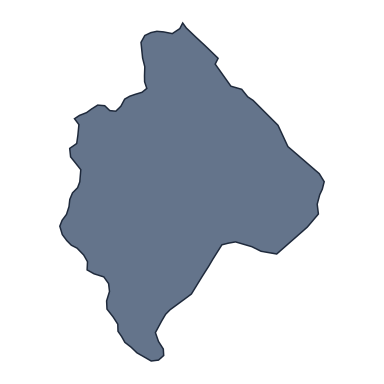 the district of Sapeaçu, Bahia, Brazil
{"feature_id": "56859067B33676272778576", "entity_name": "Sapeaçu", "entity_type": "district", "adm_level": 2, "iso_a3": "BRA", "parent_name": "Brazil", "parent_adm1": "Bahia", "projection": "orthographic", "projection_center": [-39.225, -12.729], "detail": "fine", "context": "isolated", "style": "filled", "palette": "slate", "viewbox_px": 384, "rotation_deg": 0, "n_neighbors": 0, "source": "geoboundaries", "source_scale": "gbopen_adm2", "svg_char_len": 1290}
<svg xmlns="http://www.w3.org/2000/svg" viewBox="0 0 384 384"><path d="M141.0,42.4L142.6,58.0L144.8,66.8L144.5,75.7L144.6,81.8L146.8,88.4L142.0,92.3L135.3,94.3L129.8,96.2L124.7,99.1L120.9,106.2L115.8,111.2L109.8,110.6L104.7,105.7L97.7,105.1L91.7,108.9L86.6,112.6L79.5,115.4L74.5,118.7L78.9,124.6L77.9,135.1L76.7,143.5L69.7,148.4L70.6,156.9L75.1,162.5L80.8,169.7L79.8,181.8L77.6,187.7L72.5,192.9L69.8,199.4L69.0,206.6L66.5,214.4L62.1,220.3L59.8,226.2L62.3,234.6L66.8,240.6L71.3,245.2L77.0,248.1L83.7,255.0L87.5,261.7L87.1,269.9L94.0,273.8L103.8,276.9L108.6,283.6L109.5,291.5L106.6,300.9L107.0,309.1L113.1,316.9L117.8,324.2L118.0,331.3L121.6,336.5L124.9,342.4L131.1,347.2L136.9,352.8L151.2,361.0L158.5,360.1L163.7,355.5L163.3,349.0L158.5,341.5L155.4,332.6L161.7,320.9L165.6,314.3L170.0,309.8L184.3,299.3L191.4,294.0L201.9,276.9L208.9,265.9L212.7,259.4L217.8,251.3L221.9,244.8L228.2,243.2L235.5,241.9L251.9,246.7L261.1,251.3L276.7,254.0L307.3,227.1L318.4,214.0L317.2,204.2L319.7,194.8L322.3,189.2L324.2,181.7L319.3,173.7L287.9,146.6L278.0,125.3L253.1,100.4L247.7,96.8L241.7,89.3L230.9,86.2L215.2,64.1L218.1,58.3L205.3,45.9L195.5,36.8L186.3,28.0L182.7,23.0L179.8,28.6L172.3,33.6L163.6,31.9L156.9,31.3L150.9,32.6L144.8,35.5L141.0,42.4Z" fill="#64748b" stroke="#1e293b" stroke-width="1.5"/></svg>